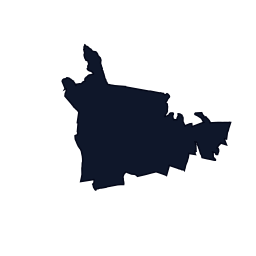 the district of Sulita, Botosani, Romania, rotated 41°
{"feature_id": "2599482B5546684952398", "entity_name": "Sulita", "entity_type": "district", "adm_level": 2, "iso_a3": "ROU", "parent_name": "Romania", "parent_adm1": "Botosani", "projection": "natural_earth1", "projection_center": [26.901, 47.647], "detail": "fine", "context": "isolated", "style": "filled", "palette": "ink", "viewbox_px": 256, "rotation_deg": 41, "n_neighbors": 0, "source": "geoboundaries", "source_scale": "gbopen_adm2", "svg_char_len": 5650}
<svg xmlns="http://www.w3.org/2000/svg" viewBox="0 0 256 256"><g transform="rotate(41 128 128)"><path d="M147.3,190.5L147.8,190.1L150.3,187.0L151.0,185.6L152.2,184.2L153.2,182.9L157.4,177.6L159.7,175.3L161.8,173.5L161.2,172.6L160.0,171.5L158.9,170.7L158.1,170.0L157.9,169.6L156.7,168.7L156.1,168.0L155.4,166.3L155.1,164.8L155.2,164.0L155.2,163.9L155.1,162.4L156.6,162.0L160.9,160.4L163.5,158.5L164.8,158.2L165.7,158.1L166.8,158.3L171.1,152.4L172.9,149.8L174.9,146.8L177.8,142.7L179.1,142.0L183.8,140.1L187.2,138.8L188.2,138.6L183.7,129.1L192.4,125.5L193.1,125.2L193.4,125.3L193.8,124.9L195.1,124.3L196.2,124.1L196.8,123.4L197.2,123.2L197.7,123.0L198.4,123.1L198.1,122.5L197.8,122.1L197.5,121.2L196.0,118.5L195.3,116.7L194.4,114.0L193.8,113.0L192.9,110.9L190.6,107.2L192.2,106.3L196.2,103.8L195.7,103.6L195.2,103.1L193.7,101.4L194.6,100.8L194.5,100.7L193.8,100.2L193.1,99.2L191.4,97.6L191.2,97.2L187.7,94.4L188.7,93.7L189.1,93.7L189.6,93.8L190.5,94.4L190.9,94.9L192.8,95.5L194.8,96.8L195.4,97.0L197.0,98.1L197.8,98.5L199.0,99.4L200.4,100.0L201.6,100.3L202.0,100.7L203.3,101.7L208.2,99.1L210.7,97.6L213.4,96.2L214.8,95.3L215.1,95.0L214.9,94.6L214.5,94.4L212.8,94.2L212.3,94.2L211.9,94.4L211.1,93.7L208.6,91.1L207.8,90.6L210.4,89.3L211.7,90.2L212.1,90.0L213.0,89.2L212.5,88.2L211.8,86.3L210.6,84.9L210.4,84.8L210.2,84.9L209.8,84.5L209.6,84.4L209.2,84.4L208.5,84.8L208.2,84.4L208.0,84.1L208.2,83.4L208.0,82.9L207.8,81.6L207.6,81.1L208.0,80.8L208.0,80.6L207.7,80.0L208.1,79.4L208.0,78.7L207.9,78.5L213.4,76.1L208.7,73.6L207.9,72.7L209.6,71.7L205.4,65.4L205.3,64.8L205.5,64.8L205.3,64.3L205.0,63.6L204.2,62.2L203.8,61.2L201.8,56.5L200.8,57.2L200.0,58.2L199.6,58.5L199.4,58.6L196.9,60.8L196.0,61.7L194.0,63.3L191.1,65.9L186.7,70.2L186.3,69.8L184.2,69.1L182.1,68.8L180.9,68.8L179.4,68.5L178.5,69.9L177.2,69.1L175.7,69.1L173.6,68.1L169.1,72.5L169.2,73.6L169.9,73.8L172.2,73.1L176.3,72.5L177.6,72.6L180.1,73.6L181.5,73.9L175.6,84.8L174.7,84.3L173.2,82.9L172.0,84.2L169.9,88.2L170.0,88.7L169.8,89.1L167.4,88.1L165.1,87.0L162.9,84.3L162.1,83.8L161.4,84.2L160.5,83.0L158.0,83.4L156.9,84.1L156.5,84.4L156.7,84.7L157.8,85.4L157.8,85.6L158.5,88.1L159.4,89.7L157.2,91.7L156.7,91.3L156.1,91.4L155.8,91.3L155.3,91.0L154.7,90.2L154.3,90.1L153.8,89.9L153.2,89.1L153.5,88.6L153.5,88.4L153.0,87.7L152.9,87.5L152.5,87.2L152.0,87.3L151.5,87.6L150.2,88.9L150.3,89.4L150.0,89.8L150.3,90.1L150.2,90.3L150.2,90.5L150.2,90.8L150.3,91.0L150.2,92.2L149.9,92.4L149.7,93.2L149.3,93.9L148.4,95.0L148.1,94.5L147.4,93.1L147.2,90.9L146.8,89.9L146.5,89.2L146.0,88.9L143.8,85.9L143.4,85.7L141.9,84.2L141.5,84.1L140.5,84.2L139.5,83.8L139.4,83.2L139.5,82.6L139.5,81.9L138.9,79.9L138.9,77.5L138.7,77.1L137.9,76.6L136.1,76.3L134.9,76.5L134.8,76.8L134.8,77.6L134.6,78.0L133.9,78.9L133.1,78.9L132.5,79.1L132.3,79.0L132.1,78.7L131.7,78.9L131.3,79.3L130.4,79.7L129.3,80.3L128.9,80.8L120.6,85.6L119.6,86.5L117.4,87.8L99.1,98.7L98.9,98.4L90.4,104.7L88.4,105.9L87.2,106.7L84.0,108.4L82.9,108.0L82.1,107.4L81.5,107.5L80.7,107.2L79.9,106.4L77.9,105.7L77.2,105.2L76.8,104.8L76.3,104.6L75.0,103.6L73.5,102.7L72.7,102.4L72.4,102.0L71.6,101.5L71.2,101.3L70.7,101.4L70.4,101.4L70.2,101.0L69.8,100.6L69.8,100.4L69.5,100.0L68.0,99.2L67.6,99.1L66.8,98.4L66.4,98.2L64.8,97.2L64.3,96.4L64.0,96.3L63.6,95.4L63.5,95.1L63.3,94.9L62.8,94.4L61.0,93.3L59.3,93.3L59.1,93.1L58.6,93.1L57.8,93.1L57.0,92.7L56.8,92.3L54.4,91.6L53.3,91.9L51.7,93.0L50.6,93.4L50.2,93.4L49.4,93.1L48.8,93.2L48.5,92.9L46.5,93.3L45.0,93.1L44.7,93.2L43.9,93.2L42.6,93.9L42.2,93.8L41.4,93.5L40.9,93.6L41.0,93.8L41.8,94.2L41.9,94.4L41.6,94.7L41.4,95.1L41.9,96.0L42.7,96.6L43.3,96.7L43.3,97.1L42.9,97.2L42.9,97.5L43.4,98.0L44.0,98.3L44.5,98.8L44.9,98.8L45.2,99.0L46.3,100.2L46.7,101.3L47.6,102.2L49.6,103.5L51.0,104.0L51.6,104.4L52.3,104.2L53.4,103.7L54.1,103.9L55.5,104.9L56.2,105.1L56.6,105.7L57.0,107.6L57.2,107.8L58.1,108.5L58.3,109.0L58.3,109.9L58.5,110.1L59.1,110.3L59.5,110.2L59.7,110.4L60.8,110.3L61.4,110.1L61.2,109.9L62.6,109.5L62.7,109.3L63.4,109.2L64.3,109.3L64.5,109.2L65.0,109.3L65.8,109.4L66.5,109.8L66.5,110.2L66.1,110.5L65.6,111.4L65.1,112.0L64.7,112.7L64.1,113.2L63.8,113.7L63.6,114.7L63.5,115.0L63.8,116.3L63.2,116.8L63.2,117.4L63.3,117.9L63.1,118.7L63.9,120.0L64.9,120.6L63.9,122.6L63.7,123.5L64.0,123.9L64.0,124.2L63.3,125.8L62.4,126.4L61.3,127.8L60.4,128.8L60.8,129.4L60.8,130.2L60.7,130.2L58.6,129.3L57.4,129.0L56.3,128.9L56.2,128.8L56.1,128.5L54.9,128.8L54.0,128.8L53.5,128.9L53.0,128.8L52.8,129.0L51.5,129.0L50.8,129.1L50.3,129.5L49.8,129.6L49.4,129.9L48.9,130.2L48.8,130.7L48.9,131.1L48.7,131.5L48.7,131.9L48.2,132.2L48.0,132.6L47.5,133.0L47.6,133.3L47.2,134.1L47.2,134.8L47.6,135.8L47.8,136.0L54.2,139.2L54.6,139.6L54.8,140.5L54.9,140.2L55.1,139.7L55.8,139.1L56.5,139.7L57.9,142.3L57.8,142.8L59.5,145.3L69.6,146.8L70.6,147.1L70.9,147.0L71.4,147.1L71.6,146.9L71.8,147.1L72.8,147.6L73.3,147.6L73.8,147.4L74.1,147.7L75.1,147.6L76.4,147.8L77.3,147.7L79.4,148.0L80.0,148.2L80.8,148.6L81.3,149.5L86.3,157.3L87.1,156.9L92.2,164.0L93.7,164.7L93.7,165.0L93.8,165.7L94.2,166.2L94.2,166.6L94.0,166.8L93.1,168.5L93.5,169.0L95.6,171.0L96.3,171.4L97.1,171.7L99.8,173.1L102.5,174.3L104.8,174.9L106.0,175.1L108.1,176.1L110.6,178.1L112.0,179.1L113.8,180.8L115.4,182.5L115.7,182.8L116.5,184.4L118.7,187.1L119.5,188.4L121.0,190.1L123.1,192.4L123.9,193.3L125.5,196.0L127.4,199.5L136.0,189.3L136.5,189.5L137.0,190.0L137.8,191.0L138.1,191.5L138.4,192.5L138.4,192.9L138.2,193.4L138.2,193.5L138.5,193.6L138.9,193.6L139.3,194.1L141.0,195.3L143.5,196.1L144.2,196.1L144.4,195.9L144.3,195.6L144.1,195.3L144.0,194.9L145.0,193.6L145.3,193.4L145.4,192.8L146.7,191.2L147.1,191.0L147.3,190.5Z" fill="#0f172a" stroke="#020617" stroke-width="1.5"/></g></svg>